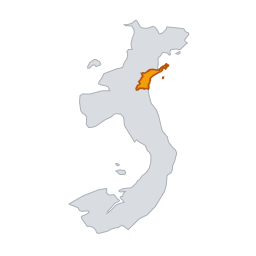 Kusapín, Ngöbe Buglé, Panama shown in context, rotated 96°
{"feature_id": "35544464B37118693502086", "entity_name": "Kusapín", "entity_type": "district", "adm_level": 2, "iso_a3": "PAN", "parent_name": "Panama", "parent_adm1": "Ngöbe Buglé", "projection": "natural_earth1", "projection_center": [-81.617, 8.861], "detail": "fine", "context": "in_parent", "style": "filled", "palette": "amber", "viewbox_px": 256, "rotation_deg": 96, "n_neighbors": 0, "source": "geoboundaries", "source_scale": "gbopen_adm2", "svg_char_len": 7058}
<svg xmlns="http://www.w3.org/2000/svg" viewBox="0 0 256 256"><g transform="rotate(96 128 128)"><path d="M229.2,117.3L228.5,117.9L226.5,121.3L225.4,124.2L228.0,127.2L228.8,130.5L230.3,134.0L232.7,137.5L235.3,144.1L235.9,146.8L235.2,148.5L232.7,149.5L230.4,152.6L229.7,156.4L230.2,158.2L223.3,164.2L221.5,165.2L220.3,164.3L218.8,161.3L217.0,158.9L216.1,158.0L215.5,158.0L215.0,158.5L214.7,159.8L215.7,165.5L214.9,167.8L212.5,169.5L209.9,178.7L208.8,177.5L199.9,165.2L192.1,149.9L190.5,143.0L192.5,142.5L194.5,142.7L195.5,141.6L196.7,139.6L195.7,134.9L199.4,131.4L200.8,129.0L201.9,129.3L204.3,133.3L207.9,135.7L212.3,139.1L215.0,139.9L211.6,136.3L205.6,131.6L204.0,128.5L202.4,124.2L200.1,126.1L199.0,127.6L197.8,128.5L196.8,127.5L196.6,126.1L193.1,125.8L192.2,124.6L191.3,123.9L191.7,126.5L192.4,128.2L192.1,130.2L190.9,130.3L190.0,128.2L188.7,126.4L187.1,118.6L183.1,114.9L181.3,113.7L179.8,113.2L177.6,110.7L174.7,109.4L170.7,105.5L165.9,102.7L159.9,101.7L152.7,102.3L150.3,103.9L148.7,105.9L147.9,106.8L143.6,109.0L142.0,112.3L141.0,115.0L138.9,118.1L141.3,120.0L127.5,130.6L124.7,132.1L118.5,133.2L117.0,134.3L115.1,136.4L114.9,139.6L115.2,142.3L117.0,144.4L118.6,145.7L122.5,152.0L129.4,159.9L130.7,162.8L131.7,167.1L129.7,169.1L128.1,169.9L121.5,170.3L119.3,172.0L118.3,174.6L115.9,176.7L107.5,178.9L100.8,179.1L98.8,176.6L98.3,169.8L93.8,158.0L92.8,149.9L91.6,150.9L89.3,151.8L88.5,153.9L87.9,159.8L87.0,161.9L85.2,161.7L81.4,159.5L76.5,157.6L70.1,144.9L69.4,142.5L68.2,139.7L63.3,138.5L59.1,136.3L54.5,136.0L52.2,137.2L49.8,135.7L49.4,132.2L44.6,133.8L38.5,133.2L33.0,131.7L29.2,132.5L26.1,135.0L26.5,141.3L25.6,142.5L25.4,140.0L24.3,137.0L23.0,134.5L20.3,132.0L20.1,131.1L21.2,129.8L26.2,126.1L26.9,124.6L27.0,121.3L26.5,118.3L24.2,113.8L25.5,111.0L28.1,108.7L30.8,107.0L31.2,106.2L30.7,104.7L29.2,103.0L25.5,100.2L23.4,100.0L23.3,91.9L23.4,83.3L23.9,82.4L25.3,81.9L26.3,80.6L26.9,78.1L28.5,77.2L31.4,79.1L34.3,80.9L35.5,80.3L36.5,79.4L37.1,78.6L37.3,77.8L39.6,80.1L44.4,84.2L44.7,86.2L44.3,88.1L45.6,93.6L48.1,94.4L50.6,93.3L51.2,94.4L50.7,95.4L49.4,96.5L49.1,101.3L53.2,103.5L55.2,105.4L62.0,104.5L64.5,105.0L66.3,104.4L64.4,100.6L61.8,97.8L62.0,96.6L64.0,97.5L65.4,99.4L68.8,101.8L74.9,110.0L82.0,112.0L87.6,111.8L92.8,110.7L101.1,107.5L107.1,101.7L111.9,99.1L127.4,93.6L132.9,87.8L135.2,87.1L137.4,86.4L142.3,82.0L144.9,78.6L147.7,76.9L155.9,78.1L161.2,79.7L164.9,79.5L168.4,80.7L169.9,83.1L171.5,84.2L180.2,83.9L187.3,85.1L202.9,92.4L212.3,99.7L217.2,107.4L229.2,117.3ZM72.8,174.3L70.8,174.5L66.6,172.6L63.6,169.1L63.3,167.9L63.4,166.7L65.1,163.1L67.3,161.8L68.1,161.9L70.3,166.1L68.8,167.7L69.4,170.3L72.4,172.2L72.8,174.3ZM172.9,133.8L172.1,135.6L170.4,131.6L170.7,130.5L170.6,126.9L172.2,125.9L173.4,125.8L174.4,126.3L175.1,130.6L174.5,132.6L172.9,133.8ZM49.5,86.2L49.1,88.2L46.2,84.6L47.9,84.0L48.5,84.1L49.5,86.2ZM166.7,134.7L165.0,136.6L164.4,134.8L165.5,132.9L166.0,132.9L166.7,134.7Z" fill="#d9dde1" stroke="#a8b0b8" stroke-width="1"/><path d="M72.3,120.3L72.6,120.1L72.8,120.1L72.9,119.9L73.0,119.9L73.3,119.8L73.4,119.7L73.6,119.5L73.6,119.1L73.9,118.8L74.3,118.8L74.5,119.0L74.7,118.9L74.8,119.1L75.0,118.9L75.3,118.9L75.5,119.0L75.9,118.9L76.3,119.7L76.6,119.6L76.8,119.7L76.8,120.0L77.0,120.1L77.8,120.1L78.0,120.3L78.5,120.4L78.6,120.6L79.0,120.7L79.4,121.0L79.5,121.5L79.9,121.6L80.4,121.7L80.6,121.6L80.9,121.7L81.0,121.6L81.4,121.6L81.4,121.8L81.6,121.6L81.6,121.4L81.9,121.0L81.9,120.8L82.1,120.7L82.3,120.6L82.5,120.7L82.8,121.0L83.0,121.1L83.3,121.1L83.8,121.6L84.1,121.8L84.4,122.3L84.6,122.8L84.9,123.2L85.0,123.3L85.4,123.3L85.5,123.1L85.9,123.0L86.2,123.1L86.4,123.1L86.5,123.2L86.7,123.4L86.8,123.5L87.0,123.8L87.2,124.0L87.4,124.0L87.5,124.0L87.9,124.0L88.1,124.1L88.4,124.1L88.6,124.0L88.6,123.9L88.8,123.6L89.3,123.5L89.1,122.4L89.0,122.1L88.9,122.1L88.7,121.8L88.4,121.8L88.2,121.8L88.2,121.7L87.9,121.3L87.9,121.1L87.5,120.8L87.4,120.6L87.2,120.5L87.3,120.4L87.1,120.3L87.1,120.1L87.0,119.8L87.2,119.6L87.1,119.4L87.3,119.1L87.1,118.8L87.1,118.6L87.0,118.3L86.9,118.2L87.0,117.9L86.8,117.4L87.2,117.1L87.0,116.9L87.1,116.7L86.9,116.5L87.0,116.2L87.5,116.0L87.5,115.8L87.4,115.7L87.5,115.5L87.3,115.2L87.0,115.2L87.1,114.6L87.0,114.3L86.9,114.2L86.9,113.8L86.9,113.4L86.7,113.5L86.6,113.2L86.9,112.9L86.6,112.5L86.6,112.3L86.5,112.1L86.6,111.9L87.0,111.7L86.7,111.5L86.3,111.4L86.0,111.4L85.6,111.5L85.3,111.5L85.2,111.6L84.9,111.6L84.6,111.5L84.4,111.8L84.3,112.0L83.9,111.9L83.8,112.1L83.7,111.9L83.2,111.8L82.9,111.8L82.6,112.0L82.6,111.9L82.3,111.9L82.1,112.0L81.9,111.9L81.8,111.7L81.7,111.8L81.4,111.6L81.0,111.3L80.8,111.4L80.8,111.6L80.6,111.8L80.6,112.1L80.6,111.9L80.8,111.6L80.7,111.7L80.8,111.5L80.8,111.4L80.9,111.2L79.9,111.1L79.7,111.4L79.3,111.4L79.0,111.4L78.3,111.0L78.3,110.9L78.1,111.0L77.9,110.9L77.8,111.0L77.4,110.8L77.1,110.9L77.1,111.1L76.7,111.2L76.0,110.9L75.2,110.3L74.3,109.4L74.1,109.4L72.4,107.4L71.0,105.5L70.2,104.3L69.3,103.2L68.7,101.9L68.6,101.6L68.6,101.4L68.4,101.1L68.0,101.1L67.8,100.8L67.6,100.7L67.0,100.2L67.0,99.9L66.9,99.8L66.6,99.9L66.4,99.9L66.2,99.9L65.9,99.7L65.7,99.8L65.4,99.7L65.4,99.8L65.2,99.6L65.3,99.4L65.0,99.8L64.9,99.8L64.7,99.7L64.7,99.9L64.6,99.7L64.6,99.4L64.6,99.1L64.4,98.7L64.5,98.6L64.4,98.4L64.2,98.4L64.2,98.2L64.1,97.9L63.9,97.7L63.7,97.7L64.0,97.6L64.4,97.6L64.7,97.4L64.8,97.2L64.5,97.2L64.4,97.1L64.5,97.0L64.3,96.7L64.0,96.7L63.6,96.4L63.5,96.1L63.3,96.1L63.1,95.7L63.1,95.4L62.9,95.3L62.5,94.7L62.3,94.8L62.3,94.7L62.1,94.6L61.9,94.6L61.7,94.7L61.4,94.6L61.1,94.7L61.2,95.0L61.2,95.3L61.3,95.6L61.6,95.8L61.7,95.7L62.0,95.7L62.1,95.8L62.4,95.8L62.5,95.9L62.8,96.0L62.8,96.3L62.6,96.2L62.5,96.3L62.5,96.6L62.2,96.6L62.1,96.4L61.7,96.3L61.8,96.6L61.6,96.7L61.3,96.5L61.0,96.1L60.9,96.2L60.7,96.4L60.4,96.5L60.3,96.3L60.5,96.2L60.4,96.1L60.2,96.3L60.1,96.7L60.3,96.8L60.6,97.0L61.0,97.2L61.3,97.5L61.5,97.6L61.7,97.8L61.8,97.9L61.9,98.1L62.1,98.3L62.2,98.2L62.2,98.3L62.2,98.5L62.4,98.5L62.7,98.8L62.8,98.9L62.8,99.0L62.9,99.3L63.1,99.4L63.2,99.6L63.2,99.8L63.1,100.1L63.3,100.3L63.5,100.3L63.6,100.5L63.8,100.6L63.9,100.8L64.0,101.0L64.5,101.6L64.9,101.8L65.1,101.7L65.3,101.8L65.4,102.0L65.8,102.0L66.0,102.3L66.1,102.2L66.4,102.7L66.4,103.0L66.9,103.0L67.0,102.9L67.3,102.9L67.4,103.7L67.2,104.4L67.2,105.2L67.4,105.7L67.5,105.9L67.3,106.4L67.0,109.5L67.3,109.9L67.2,110.2L67.4,110.5L67.5,110.5L67.4,111.0L67.6,111.6L67.5,112.1L67.8,112.2L67.9,112.4L68.1,112.5L68.1,112.9L68.4,113.2L68.6,113.3L68.9,113.3L69.1,113.4L69.3,113.4L69.2,113.6L68.9,113.8L69.2,114.0L69.4,114.3L69.4,114.6L69.9,114.8L70.3,115.3L70.6,115.5L70.7,115.8L71.0,116.0L71.3,116.6L71.6,116.8L71.8,117.1L71.8,117.7L71.8,117.9L71.6,118.0L71.5,118.3L71.5,118.5L71.4,118.7L71.7,119.0L71.8,119.3L71.9,119.6L72.0,119.7L72.3,119.9L72.3,120.3ZM74.2,98.1L73.8,98.1L74.0,98.4L74.0,98.7L74.3,98.7L74.5,98.6L74.8,98.7L75.0,98.8L75.1,98.7L74.9,98.4L74.9,98.2L74.7,98.2L74.4,98.2L74.2,98.1ZM65.5,96.9L65.4,96.8L65.4,97.0L65.5,96.9ZM61.3,93.5L61.1,93.5L61.3,93.5ZM60.9,93.4L61.0,93.5L60.9,93.4ZM64.5,96.9L64.4,96.8L64.5,96.9Z" fill="#f59e0b" stroke="#b45309" stroke-width="1.5"/></g></svg>